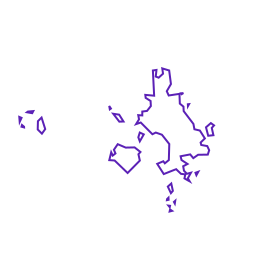 Ukerewe, Mwanza, United Republic of Tanzania, rotated 222°
{"feature_id": "72390352B65036310172855", "entity_name": "Ukerewe", "entity_type": "district", "adm_level": 2, "iso_a3": "TZA", "parent_name": "United Republic of Tanzania", "parent_adm1": "Mwanza", "projection": "mercator", "projection_center": [33.011, -1.921], "detail": "medium", "context": "isolated", "style": "outline", "palette": "violet", "viewbox_px": 256, "rotation_deg": 222, "n_neighbors": 0, "source": "geoboundaries", "source_scale": "gbopen_adm2", "svg_char_len": 1876}
<svg xmlns="http://www.w3.org/2000/svg" viewBox="0 0 256 256"><g transform="rotate(222 128 128)"><path d="M70.6,117.7L64.7,129.6L57.9,129.4L54.4,131.9L52.3,128.3L46.5,129.6L49.9,130.7L51.3,136.9L53.6,133.4L57.8,133.7L61.4,136.5L59.7,141.1L66.8,140.0L70.0,142.2L64.1,150.0L59.3,149.3L58.0,155.0L50.9,161.6L52.8,165.8L57.0,167.6L62.2,164.4L64.3,165.8L63.9,171.7L72.9,174.2L77.8,171.5L82.1,174.8L97.9,177.8L101.1,181.0L105.8,180.8L112.6,187.8L119.5,179.4L123.8,181.3L125.5,189.4L135.9,198.3L142.4,195.2L138.3,191.8L138.9,185.9L141.8,184.8L145.7,190.2L148.0,187.4L130.2,169.5L137.3,164.2L135.0,162.2L129.3,163.2L125.7,159.6L125.3,153.4L128.4,149.8L125.8,146.9L129.0,144.4L125.6,141.8L124.6,136.3L122.2,140.6L105.7,139.7L104.3,143.2L98.3,145.7L86.6,143.7L76.2,131.5L77.0,126.4L79.5,126.9L82.3,120.9L70.6,117.7ZM120.4,91.6L116.2,94.9L98.2,94.3L97.4,111.7L102.7,115.5L102.7,118.5L110.1,118.0L116.6,111.9L124.8,109.1L123.9,102.4L120.3,100.7L120.9,97.3L124.2,98.7L120.4,91.6ZM194.1,66.5L188.2,66.2L188.8,71.8L199.2,77.9L199.5,72.8L194.1,66.5ZM70.5,180.7L63.2,175.9L59.7,179.8L65.8,184.1L65.8,187.5L69.7,187.1L70.5,180.7ZM138.7,126.9L135.7,129.8L143.5,132.0L148.5,128.7L138.7,126.9ZM52.5,108.3L52.6,111.3L58.7,115.7L59.2,111.1L52.5,108.3ZM116.2,132.5L114.1,128.0L110.3,126.0L112.0,133.8L116.2,132.5ZM209.7,77.2L213.4,73.2L213.6,72.1L209.1,74.9L209.7,77.2ZM216.2,63.5L212.6,60.1L213.9,64.3L216.2,63.5ZM47.9,139.9L45.6,138.7L46.5,142.5L47.9,139.9ZM208.8,59.3L208.0,57.7L205.6,58.9L206.1,59.4L208.8,59.3ZM41.2,93.8L39.8,95.9L42.2,95.6L41.2,93.8ZM51.3,103.3L51.4,101.3L50.8,100.4L49.8,101.8L51.3,103.3ZM156.7,131.8L154.0,129.7L153.7,131.0L156.7,131.8ZM99.4,185.7L98.1,184.4L98.6,186.6L99.4,185.7ZM110.2,191.0L111.8,189.3L110.8,189.0L110.2,191.0ZM44.4,103.8L42.7,103.2L44.2,105.5L44.4,103.8ZM46.0,97.4L44.0,97.1L44.7,98.3L46.0,97.4Z" fill="none" stroke="#5b21b6" stroke-width="2"/></g></svg>